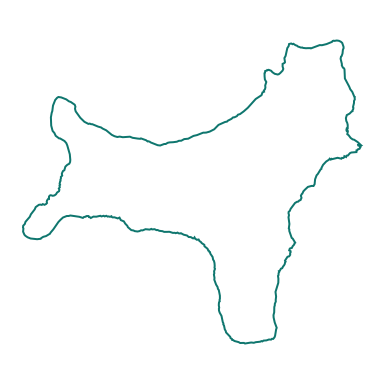 Christmas Island, Australia (orthographic projection)
{"feature_id": "25037944B52215188187413", "entity_name": "Christmas Island", "entity_type": "district", "adm_level": 2, "iso_a3": "AUS", "parent_name": "Australia", "parent_adm1": "", "projection": "orthographic", "projection_center": [105.63, -10.491], "detail": "fine", "context": "isolated", "style": "outline", "palette": "teal", "viewbox_px": 384, "rotation_deg": 0, "n_neighbors": 0, "source": "geoboundaries", "source_scale": "gbopen_adm2", "svg_char_len": 5919}
<svg xmlns="http://www.w3.org/2000/svg" viewBox="0 0 384 384"><path d="M288.6,46.2L287.3,48.1L285.6,55.9L284.4,58.1L285.0,62.2L284.5,62.9L282.6,63.9L282.6,66.5L283.3,68.9L282.6,70.6L280.2,73.1L278.8,74.2L277.7,74.5L274.7,73.8L272.4,72.2L271.2,70.8L268.7,69.8L267.7,70.2L267.2,70.0L266.8,70.6L265.2,71.0L265.0,72.8L264.5,73.2L264.6,76.6L264.9,79.5L266.3,82.0L265.2,85.5L265.4,87.5L265.0,89.1L263.8,90.7L264.1,91.7L262.5,92.4L261.5,95.2L255.7,99.0L247.8,107.8L243.7,111.4L240.0,114.1L238.0,114.7L236.8,116.2L234.4,117.3L233.1,117.4L231.4,118.9L228.0,120.6L227.0,121.6L225.0,122.0L218.5,124.9L214.2,129.3L209.7,131.6L206.1,132.6L203.1,132.7L197.0,135.1L193.5,135.9L188.2,138.7L184.2,139.1L181.3,140.7L178.9,140.8L176.9,141.7L173.2,142.2L169.5,142.4L167.7,142.8L165.7,144.0L164.2,144.0L160.2,145.5L157.7,145.2L150.6,142.4L149.7,141.7L148.0,141.2L147.6,141.4L146.0,140.2L140.9,138.4L140.3,138.8L137.9,138.6L132.6,137.8L129.9,136.7L122.8,137.2L119.7,136.6L117.3,137.0L114.5,136.2L111.7,134.8L106.2,130.3L102.5,128.5L101.2,127.5L98.1,126.6L92.3,124.2L91.1,124.2L89.8,123.6L88.4,123.9L84.4,121.8L80.3,117.8L75.7,111.4L75.0,108.8L75.4,106.6L74.7,104.7L70.8,102.0L68.9,101.3L66.3,99.4L61.2,97.4L58.4,97.0L57.1,97.8L55.2,100.0L53.0,105.6L52.3,111.1L51.7,112.8L50.9,117.4L51.2,125.6L52.6,130.9L54.4,133.0L55.7,135.8L59.1,138.4L60.0,138.4L64.5,141.0L66.3,143.1L67.3,145.5L69.8,154.3L70.3,159.9L70.1,162.0L69.3,163.7L67.3,164.8L65.4,166.6L64.3,170.3L63.1,170.9L62.3,172.4L61.8,173.9L62.2,175.6L60.9,176.9L60.9,178.6L60.4,179.8L60.6,180.8L60.2,181.2L59.6,183.8L60.1,184.8L59.5,185.5L59.8,187.3L58.8,188.5L59.4,189.8L59.0,191.2L57.1,192.5L56.0,194.3L54.5,195.4L52.8,195.8L50.8,195.2L49.7,195.6L49.0,196.6L49.0,198.7L48.5,198.5L47.0,200.5L46.7,201.8L47.0,203.0L46.1,204.0L44.5,204.8L42.8,204.1L41.8,204.9L40.3,204.6L38.9,204.8L35.7,207.1L34.7,209.4L30.9,214.3L29.8,216.8L25.5,221.8L24.8,224.0L23.2,225.7L23.0,227.6L23.4,228.4L23.1,231.7L24.4,234.7L25.4,235.8L27.6,237.3L30.6,238.5L37.1,239.2L40.7,238.8L41.2,238.1L43.3,236.8L46.0,236.1L50.0,233.7L50.5,232.7L53.3,229.4L58.4,222.0L60.5,219.8L63.0,217.5L66.8,216.0L68.6,216.0L70.4,215.5L79.3,216.8L82.9,217.9L84.0,217.0L85.7,216.7L86.3,216.1L88.3,216.0L88.8,216.3L89.0,217.1L90.1,217.3L90.8,218.0L93.4,216.6L96.3,216.7L100.3,215.8L101.4,216.4L103.7,215.8L104.7,216.4L106.3,215.8L107.6,216.6L108.5,216.4L110.0,216.8L111.3,216.3L111.4,216.8L112.7,217.4L114.4,217.3L117.8,218.4L119.5,217.6L120.8,220.1L123.9,221.4L125.2,223.6L127.3,225.8L127.9,227.2L131.3,230.1L133.6,230.5L134.6,231.1L137.5,231.5L139.5,231.1L141.1,230.3L142.6,230.4L145.5,229.2L149.7,229.6L151.3,228.9L152.1,229.4L154.6,229.2L156.4,230.1L157.6,230.0L159.3,230.8L162.5,231.2L164.2,231.9L169.5,231.8L172.9,232.9L174.8,232.8L175.7,233.2L177.6,232.6L178.5,233.3L180.1,233.5L180.9,233.2L183.7,234.7L187.0,235.5L188.7,237.0L190.8,237.1L192.8,238.3L193.8,238.3L194.5,237.4L195.1,238.6L196.9,239.8L198.6,239.5L199.5,241.1L200.8,241.9L201.7,243.1L204.3,244.8L204.5,246.3L207.5,248.7L208.3,250.6L208.8,250.7L209.4,251.9L210.0,252.1L210.3,253.6L212.6,257.0L213.1,259.6L214.0,261.0L214.5,263.1L214.7,266.0L214.5,267.8L215.0,268.8L214.1,271.2L214.3,273.4L213.9,274.5L214.5,277.9L214.3,279.7L216.1,284.6L217.6,287.1L217.9,288.8L218.8,290.1L219.9,295.7L219.9,298.8L219.5,300.1L219.8,301.2L219.1,302.1L218.9,303.3L218.8,305.3L219.2,307.8L218.9,308.6L219.0,310.6L219.7,312.7L221.5,315.9L222.8,322.2L223.4,323.3L223.3,324.5L224.0,325.5L224.8,329.4L225.7,330.9L226.1,332.5L230.2,336.8L230.6,338.2L231.9,338.9L232.2,340.0L233.3,340.1L234.4,341.0L238.6,342.1L240.2,343.0L243.9,342.9L245.0,343.5L251.2,342.5L253.8,342.8L255.7,342.2L260.2,341.7L261.4,341.1L262.4,341.4L263.5,340.6L266.4,340.4L269.0,339.5L271.1,339.6L272.0,338.8L273.2,338.9L274.5,337.3L275.1,335.7L276.1,329.5L276.7,327.8L274.7,322.4L273.6,317.4L273.5,315.1L274.2,312.3L274.3,307.0L274.8,305.3L274.8,303.9L275.8,301.5L275.7,300.0L276.1,296.6L275.5,291.9L278.3,282.8L278.4,278.8L278.0,275.9L278.5,275.1L278.6,273.1L279.3,271.8L278.9,271.1L279.9,270.5L280.9,268.7L282.2,268.2L283.1,266.4L284.0,265.4L284.8,263.9L285.1,262.1L285.6,261.7L285.0,260.6L287.5,256.8L289.2,256.3L290.2,254.8L290.1,253.1L290.6,252.3L290.6,251.2L289.2,250.4L289.7,248.8L290.1,248.4L291.9,247.9L292.6,246.3L294.2,244.5L294.5,243.3L295.2,242.7L292.7,238.6L291.7,237.9L289.3,231.0L289.3,229.3L288.8,228.6L289.4,224.0L288.5,217.2L289.0,215.1L288.5,213.1L288.7,211.8L289.8,210.9L290.6,208.9L295.0,203.0L297.0,201.8L298.2,201.6L299.4,200.4L300.5,200.1L301.5,197.9L300.9,195.7L301.8,194.0L302.3,193.7L303.4,191.3L304.9,189.7L307.9,186.9L311.6,185.9L313.5,186.0L314.6,184.2L315.1,179.3L316.6,175.3L317.8,174.0L320.6,169.4L321.4,168.9L321.5,167.8L323.1,164.8L326.2,161.5L329.0,159.7L329.7,158.7L330.8,159.6L331.5,158.8L332.3,159.1L337.6,157.8L341.4,158.7L342.0,157.9L343.2,158.0L344.1,157.4L344.4,156.2L346.1,157.0L346.5,155.9L347.0,155.5L347.9,155.5L350.0,153.1L351.4,152.5L356.4,152.1L356.5,150.4L357.3,150.3L357.7,149.4L359.5,148.8L360.5,147.0L359.7,146.7L359.1,145.6L358.2,145.4L358.1,144.9L359.2,144.8L360.2,145.3L361.0,145.2L357.7,142.1L354.1,139.7L352.7,139.4L350.7,138.0L348.6,135.2L347.3,134.2L347.9,131.1L347.5,130.7L346.7,130.9L346.4,130.0L346.6,129.1L347.0,129.6L347.7,128.6L347.7,124.9L347.2,122.8L346.3,121.0L345.9,118.1L346.8,115.1L349.6,113.6L351.8,111.4L352.5,111.2L352.5,110.3L353.1,109.5L353.4,107.9L353.0,107.1L354.0,103.0L354.0,101.0L354.8,99.4L354.6,97.6L354.8,97.0L354.3,96.7L352.3,91.9L350.3,89.3L349.2,86.6L344.9,78.5L344.5,69.5L344.1,68.4L342.9,67.6L341.8,65.3L341.9,64.1L340.6,58.8L341.0,56.7L341.6,56.1L342.5,53.6L342.9,49.8L343.6,48.1L343.5,46.7L342.2,42.9L340.8,41.7L338.9,40.8L336.8,40.5L334.5,40.9L333.7,40.7L332.6,41.0L332.2,41.7L331.2,42.2L326.5,44.1L322.0,45.2L319.7,45.1L310.9,48.4L310.4,48.1L305.7,48.2L303.0,47.9L302.3,47.5L301.0,47.6L297.9,46.5L297.0,45.7L295.5,45.2L293.4,43.8L292.5,44.2L291.2,43.5L289.1,44.0L288.6,46.2Z" fill="none" stroke="#0f766e" stroke-width="2"/></svg>